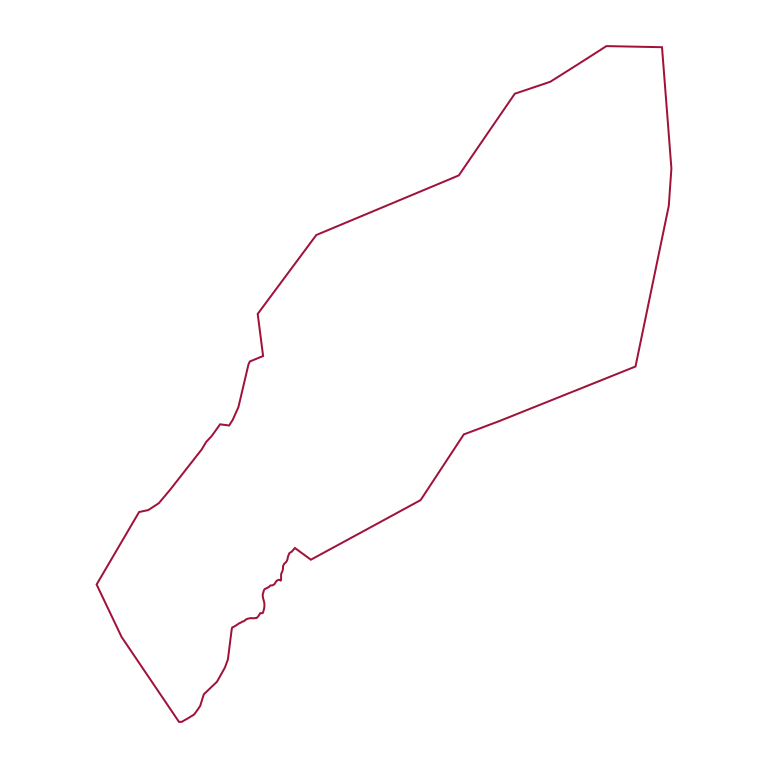 Santa María Texcatitlán, Oaxaca, Mexico (Equal Earth projection)
{"feature_id": "50627088B79643690823541", "entity_name": "Santa María Texcatitlán", "entity_type": "district", "adm_level": 2, "iso_a3": "MEX", "parent_name": "Mexico", "parent_adm1": "Oaxaca", "projection": "equal_earth", "projection_center": [-97.07, 17.719], "detail": "fine", "context": "isolated", "style": "outline", "palette": "rose", "viewbox_px": 768, "rotation_deg": 0, "n_neighbors": 0, "source": "geoboundaries", "source_scale": "gbopen_adm2", "svg_char_len": 1572}
<svg xmlns="http://www.w3.org/2000/svg" viewBox="0 0 768 768"><path d="M96.6,584.5L121.6,637.0L179.0,721.9L181.6,721.9L188.5,718.0L194.1,714.5L197.0,710.6L200.2,705.9L203.8,694.3L217.0,681.7L224.9,667.6L227.9,659.4L231.7,629.4L232.2,627.5L233.7,626.8L235.6,625.7L237.9,624.2L239.3,623.2L241.1,622.5L242.2,621.6L243.6,621.4L244.1,621.0L245.3,620.1L246.4,619.2L248.5,618.5L250.5,618.2L252.0,618.1L253.0,618.3L253.9,618.3L255.4,618.0L256.6,618.0L257.4,617.2L258.2,616.4L259.1,615.0L259.7,614.1L260.2,613.2L260.6,613.1L261.8,613.2L262.5,613.1L263.0,612.6L263.4,611.1L263.9,609.4L264.4,606.8L264.4,603.9L264.1,601.9L263.5,599.8L263.0,597.7L262.7,596.0L262.8,594.2L263.4,592.2L263.9,590.2L265.0,588.9L266.2,588.4L268.3,587.3L269.5,586.5L270.1,585.7L270.9,585.4L272.2,585.4L273.3,584.9L274.3,584.3L275.3,582.8L276.0,581.5L277.3,580.4L278.2,580.0L279.4,579.8L280.2,580.1L280.5,580.5L281.0,580.2L281.1,579.6L281.1,578.9L281.1,577.1L281.1,575.2L281.2,573.8L282.0,572.1L282.7,570.3L283.0,568.0L283.0,566.4L283.5,565.1L283.9,564.3L284.4,563.6L285.7,562.5L286.6,561.3L287.5,559.3L287.7,557.7L288.3,555.7L289.5,553.0L291.8,551.6L294.9,548.0L310.9,559.7L420.6,500.1L463.8,434.4L498.5,421.4L568.4,393.4L635.5,366.5L668.8,205.7L671.4,168.5L668.2,126.9L662.0,47.2L606.4,46.1L574.8,66.3L550.2,81.8L514.8,93.7L492.0,126.9L458.8,175.4L316.3,235.0L257.7,313.9L263.1,356.0L249.8,361.5L248.5,364.3L238.4,407.2L232.7,419.9L229.1,425.5L220.1,424.3L211.7,436.0L206.2,441.9L201.8,449.3L170.0,489.9L158.8,503.2L148.2,510.1L139.1,512.0L96.6,584.5Z" fill="none" stroke="#9f1239" stroke-width="2"/></svg>